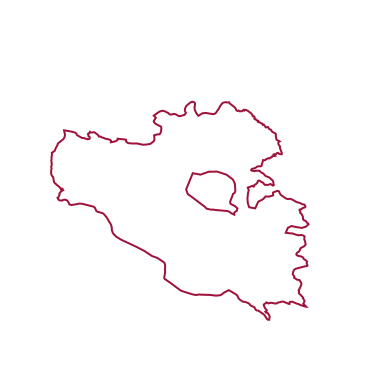 Oïcha, Nord-Kivu, Democratic Republic of the Congo (Equal Earth projection), rotated 109°
{"feature_id": "63176286B86170870415972", "entity_name": "Oïcha", "entity_type": "district", "adm_level": 2, "iso_a3": "COD", "parent_name": "Democratic Republic of the Congo", "parent_adm1": "Nord-Kivu", "projection": "equal_earth", "projection_center": [29.505, 0.401], "detail": "fine", "context": "isolated", "style": "outline", "palette": "rose", "viewbox_px": 384, "rotation_deg": 109, "n_neighbors": 0, "source": "geoboundaries", "source_scale": "gbopen_adm2", "svg_char_len": 6015}
<svg xmlns="http://www.w3.org/2000/svg" viewBox="0 0 384 384"><g transform="rotate(109 192 192)"><path d="M165.8,279.6L166.7,279.2L168.2,280.1L169.5,281.6L171.4,284.9L170.0,285.2L169.5,285.9L169.3,287.9L169.8,291.3L169.6,293.4L169.7,294.6L169.4,297.3L169.9,298.0L168.6,299.6L167.3,303.8L168.0,305.5L168.6,306.4L168.7,307.0L168.3,308.1L169.8,308.3L170.5,309.1L171.3,309.2L172.1,308.3L172.9,308.1L173.3,306.8L174.2,306.2L175.1,306.2L175.8,307.2L176.2,308.7L176.2,311.3L176.7,313.7L175.7,319.1L174.3,320.5L173.9,321.7L174.1,325.4L175.3,333.0L177.4,331.9L178.9,330.8L181.0,330.4L182.2,330.5L183.4,330.7L184.7,331.3L189.3,334.3L190.2,334.6L191.9,334.5L194.0,335.0L198.1,335.3L200.5,337.3L201.4,336.9L203.5,336.3L204.8,336.2L206.5,335.5L208.1,335.3L209.2,334.6L210.3,334.3L210.9,333.7L213.3,333.3L213.9,333.4L215.4,332.5L217.2,332.2L220.7,331.1L222.1,329.8L222.5,329.3L223.0,328.3L224.0,327.6L226.8,326.2L227.6,325.5L228.2,324.7L228.5,324.3L228.6,323.5L229.2,322.5L230.4,319.1L231.1,318.0L231.2,317.1L231.6,316.5L232.5,316.5L232.8,316.2L232.7,316.1L231.9,316.2L231.2,315.9L231.3,315.3L231.7,315.2L232.2,314.6L232.4,315.1L232.6,315.1L232.9,315.5L233.2,315.3L235.0,316.4L236.6,316.9L237.0,316.5L238.3,316.4L239.6,316.5L240.8,316.9L242.1,317.7L241.2,316.7L242.5,315.9L243.1,314.7L242.4,312.0L241.5,311.3L240.7,309.9L240.5,308.1L240.9,306.9L242.1,305.3L243.6,304.0L243.6,301.8L240.8,296.6L239.6,294.8L238.9,292.0L237.9,280.2L238.5,278.7L241.2,276.2L241.4,274.2L241.2,271.3L241.2,269.2L241.8,267.7L244.2,263.8L245.2,262.8L249.4,257.8L252.1,256.1L254.1,255.4L256.4,253.6L257.5,252.0L259.0,249.0L260.2,243.2L261.9,227.2L263.3,217.7L265.6,208.7L265.6,203.5L267.5,196.0L268.4,194.5L270.6,193.3L274.4,192.2L276.5,191.3L282.4,190.3L283.1,189.4L284.8,183.4L288.8,170.7L288.9,166.5L288.6,157.8L288.1,154.7L286.7,152.1L285.6,148.3L283.4,141.3L282.2,135.6L280.5,131.9L279.4,130.7L276.6,128.9L272.9,125.4L273.2,123.2L274.5,117.1L275.1,115.6L277.2,113.5L278.2,111.8L279.1,108.5L278.6,104.6L278.9,101.6L280.2,99.8L280.7,95.4L282.5,93.6L282.9,92.5L282.6,90.6L284.1,85.2L284.8,83.4L287.7,79.7L288.0,78.5L287.7,77.4L284.5,78.0L283.4,78.8L281.7,81.2L281.9,82.9L281.3,83.7L280.5,82.8L279.6,82.7L277.9,85.3L275.4,87.5L274.8,87.4L272.9,85.9L272.2,85.8L272.2,84.3L272.5,83.6L270.8,80.8L270.6,78.1L269.9,75.7L268.5,74.7L267.4,72.7L266.7,72.0L265.9,69.7L266.3,64.0L266.0,63.3L264.7,63.8L264.0,63.6L263.1,61.6L263.4,57.3L263.3,54.2L263.6,52.8L263.5,47.6L263.3,46.7L261.4,50.4L258.7,50.0L257.2,51.3L256.4,52.5L255.5,52.8L252.8,58.1L251.0,58.4L250.3,59.2L247.6,58.7L244.1,58.5L242.8,58.8L241.9,59.6L241.4,60.4L240.3,61.7L240.7,64.2L239.8,67.5L238.7,67.6L237.0,70.0L234.6,70.3L232.7,70.2L231.0,69.2L225.8,61.5L224.7,59.3L223.9,58.9L221.8,60.5L220.3,60.6L219.5,62.1L219.0,64.5L217.7,65.7L217.4,67.8L217.8,70.5L217.7,72.4L216.9,73.1L216.0,73.1L215.0,72.8L213.9,71.8L212.4,71.1L210.5,71.2L209.6,70.9L207.0,68.5L205.8,67.8L204.5,67.5L202.1,68.9L200.1,70.5L197.3,71.1L196.9,72.9L197.1,74.8L198.3,77.3L198.5,80.4L198.5,83.7L199.1,85.5L200.0,90.1L194.7,89.7L191.8,86.9L191.2,81.8L190.1,76.1L189.2,75.3L188.0,73.3L184.7,71.3L184.0,71.8L183.5,73.5L182.5,74.7L182.1,77.4L181.5,78.2L179.1,79.2L177.2,81.1L176.4,83.0L175.2,83.2L174.2,84.5L173.1,84.1L172.6,82.9L171.1,82.2L170.0,80.4L169.0,79.9L167.4,81.4L167.6,83.7L167.3,86.2L167.4,90.4L166.7,93.5L166.4,96.7L167.6,99.4L167.5,101.1L165.8,107.2L164.4,108.8L163.1,109.9L163.0,110.9L163.6,112.3L166.1,115.2L168.8,114.2L171.3,117.7L172.2,120.9L175.6,122.4L179.6,126.2L186.9,126.9L187.8,133.0L184.4,135.6L179.9,137.5L174.7,138.7L171.8,138.9L169.7,140.7L166.5,136.8L166.4,136.4L166.9,135.7L166.7,135.3L165.4,135.4L163.1,133.7L161.5,133.1L160.5,133.4L159.7,133.0L159.3,132.3L159.4,131.2L160.1,129.0L159.9,128.0L161.4,125.9L161.5,125.0L160.9,124.1L161.0,123.2L158.9,120.3L159.6,117.5L158.8,116.9L155.5,118.8L154.7,119.8L153.1,123.8L152.9,127.6L151.3,130.7L151.0,132.8L150.1,135.0L150.3,136.4L151.2,138.7L151.9,139.5L152.2,141.2L152.3,142.3L152.0,143.2L151.1,143.1L150.5,142.7L149.3,140.7L148.3,139.7L146.8,138.7L146.1,137.6L145.4,135.6L144.8,134.8L138.7,135.2L138.5,134.0L138.0,133.1L137.2,132.9L135.2,130.9L135.1,129.6L133.8,129.0L133.3,128.0L131.9,127.7L130.8,125.3L129.9,127.0L129.5,126.7L129.2,125.0L127.6,124.4L127.0,123.5L127.5,122.5L127.5,121.0L127.1,119.5L126.0,119.7L121.5,123.4L120.3,123.6L119.2,125.3L118.3,126.1L116.8,126.5L115.6,125.6L115.2,128.6L114.6,129.4L111.9,131.0L110.1,131.5L109.5,132.1L109.1,135.2L108.5,136.5L107.5,137.5L107.3,139.6L105.8,141.3L106.9,143.2L104.8,146.2L105.4,147.0L104.5,147.8L104.5,149.0L104.1,150.4L104.4,152.1L104.1,152.5L103.1,152.6L103.3,154.0L102.6,154.8L102.8,156.1L102.4,156.9L101.6,156.7L100.6,157.4L100.3,158.1L100.7,159.2L99.7,159.6L98.3,161.9L97.0,165.8L96.9,167.4L97.1,169.1L97.4,169.5L98.1,169.3L98.2,169.8L97.9,170.2L99.5,171.3L100.2,173.4L99.8,174.4L100.6,175.5L100.1,176.9L98.2,178.7L96.0,185.1L95.1,186.1L96.0,188.0L96.0,189.4L97.5,191.7L99.3,192.7L102.2,193.5L103.8,193.6L109.5,195.2L110.6,195.9L111.1,196.7L111.6,197.8L112.8,205.0L114.3,207.9L117.9,210.8L116.3,213.3L113.8,215.8L112.4,216.7L111.3,217.1L107.6,217.8L106.7,218.5L106.4,219.6L106.6,221.2L107.8,222.6L110.5,224.3L113.1,225.6L115.6,225.7L117.4,225.3L119.2,223.5L121.5,224.2L124.2,228.0L124.5,229.3L123.8,232.8L124.1,234.6L125.7,237.1L125.8,238.5L125.1,240.2L124.5,244.5L124.9,246.6L126.2,248.5L127.7,249.8L132.2,253.0L133.6,250.3L136.8,251.2L138.1,251.0L139.4,248.7L140.3,242.5L141.8,241.7L143.8,241.2L146.1,240.9L148.0,241.5L148.7,243.3L150.7,246.3L154.4,244.6L156.5,244.7L160.0,247.0L162.0,250.6L163.3,253.9L164.1,260.2L165.3,263.3L166.6,268.3L165.8,270.7L164.0,271.5L165.8,279.6ZM170.2,154.2L176.7,151.4L178.9,151.4L180.4,152.5L189.0,152.8L190.7,151.6L191.3,146.9L192.7,143.7L195.1,143.5L197.3,145.1L198.2,145.3L199.7,144.7L199.3,148.0L198.4,150.9L198.7,153.3L201.2,163.2L201.8,166.3L202.6,168.8L203.0,172.9L201.9,174.8L196.7,190.7L195.4,195.2L191.5,198.4L174.0,197.4L172.8,189.6L167.4,182.8L164.5,174.8L164.4,164.9L166.9,157.3L170.2,154.2Z" fill="none" stroke="#9f1239" stroke-width="2"/></g></svg>